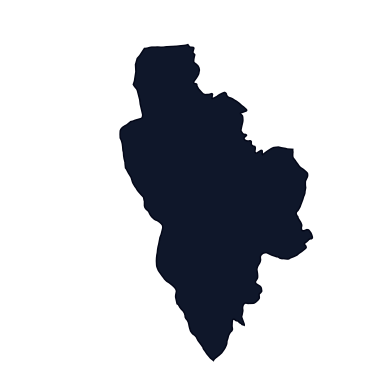 Gheleb, Anseba, Eritrea, rotated 46°
{"feature_id": "51966322B69087636550034", "entity_name": "Gheleb", "entity_type": "district", "adm_level": 2, "iso_a3": "ERI", "parent_name": "Eritrea", "parent_adm1": "Anseba", "projection": "natural_earth1", "projection_center": [38.736, 15.796], "detail": "fine", "context": "isolated", "style": "filled", "palette": "ink", "viewbox_px": 384, "rotation_deg": 46, "n_neighbors": 0, "source": "geoboundaries", "source_scale": "gbopen_adm2", "svg_char_len": 6061}
<svg xmlns="http://www.w3.org/2000/svg" viewBox="0 0 384 384"><g transform="rotate(46 192 192)"><path d="M328.1,293.6L327.8,293.0L327.7,292.0L327.7,291.1L327.7,290.4L327.9,288.9L328.0,287.4L328.2,285.6L328.3,282.5L327.7,279.1L327.1,276.6L326.2,274.3L325.6,273.0L325.0,272.1L323.4,270.3L322.9,269.4L322.4,268.3L320.6,265.4L320.1,264.0L319.5,261.9L319.5,259.6L318.8,258.2L316.3,256.4L314.0,254.0L312.9,252.7L312.5,252.2L312.1,251.5L312.1,250.9L312.3,250.5L312.7,250.1L313.3,249.8L314.1,249.9L314.8,249.8L315.2,249.6L317.1,248.4L318.6,248.6L319.6,248.4L321.1,247.9L321.9,248.1L322.3,248.0L323.1,247.4L324.1,247.0L323.7,246.5L323.2,246.2L318.9,244.3L316.3,243.1L315.7,242.3L315.2,241.4L313.1,238.4L312.5,237.7L310.9,236.5L310.0,235.6L309.1,234.2L308.7,233.1L308.6,232.2L308.7,231.4L309.1,230.5L311.0,229.2L314.3,225.6L315.0,224.6L315.4,222.9L315.5,221.3L315.5,219.1L315.2,217.6L314.6,216.8L312.7,215.3L312.3,214.9L312.1,214.3L312.1,212.4L311.9,211.0L311.5,210.5L309.4,209.0L308.4,208.6L307.1,208.5L302.6,209.6L301.7,209.5L300.6,208.7L300.3,208.1L299.7,205.6L299.3,204.5L298.1,203.2L296.2,201.6L292.9,199.3L292.1,198.3L291.2,196.7L290.6,195.0L290.2,193.2L289.6,191.6L288.8,190.3L288.1,189.5L287.6,189.2L286.1,187.9L285.8,187.4L285.4,186.6L285.3,185.8L285.3,184.3L285.5,183.2L286.7,181.2L287.4,180.6L287.8,180.3L290.0,179.5L292.9,178.4L296.1,176.7L297.0,176.3L297.9,175.7L298.8,174.8L299.2,175.0L299.7,174.9L300.4,174.8L301.5,174.2L302.4,173.6L303.6,172.3L304.6,171.5L306.4,170.0L307.0,169.4L307.3,168.7L307.5,168.3L307.7,167.0L309.1,163.8L309.8,161.8L310.3,160.2L310.4,157.7L311.0,154.5L311.4,149.9L311.4,149.0L311.1,148.3L310.7,148.1L310.1,147.7L308.9,147.6L307.9,147.5L307.2,147.0L307.1,146.5L307.4,143.7L307.4,142.0L307.3,141.0L307.8,139.5L308.6,138.6L308.7,137.8L308.6,137.3L308.0,136.7L307.6,136.5L306.3,135.8L304.8,135.2L304.0,134.9L301.8,134.6L300.5,134.5L299.9,134.7L299.4,135.0L298.8,135.6L297.8,138.1L297.2,138.9L296.6,139.3L296.1,139.5L295.6,139.5L295.1,139.3L294.1,138.6L293.5,138.0L292.5,136.5L291.6,135.8L289.4,134.9L285.1,134.0L283.9,133.5L283.1,133.0L281.9,133.0L280.4,132.4L279.8,132.0L279.4,131.5L279.0,130.8L278.9,130.3L278.8,128.3L277.7,124.6L276.8,122.8L274.4,117.7L272.8,114.9L272.1,113.2L271.2,111.6L269.8,110.0L267.9,107.3L265.9,105.8L263.7,103.7L263.0,102.9L262.7,102.3L261.3,98.6L260.7,97.6L259.4,96.4L258.7,96.0L258.1,95.9L256.7,95.9L253.2,96.2L249.6,97.0L247.0,96.9L245.7,96.6L242.5,96.2L241.1,95.9L237.6,95.5L237.0,95.2L236.0,94.5L234.4,92.9L233.4,91.7L232.2,90.8L231.3,89.9L227.4,93.5L225.6,94.5L222.4,96.9L219.7,98.6L217.5,101.4L216.7,102.5L216.3,103.6L215.9,104.8L215.2,108.2L214.8,110.5L214.4,113.8L214.4,115.0L214.1,115.4L213.5,115.2L212.6,114.2L211.1,112.9L210.6,112.9L210.1,113.3L209.9,113.8L209.0,118.2L208.9,118.6L208.5,119.0L208.0,119.1L206.5,118.7L204.8,116.4L203.8,115.5L203.4,115.4L202.9,115.2L201.7,116.0L200.9,116.3L199.3,116.4L198.7,116.1L197.5,114.9L197.0,114.4L196.6,114.3L196.0,114.3L195.4,114.7L194.5,116.1L193.1,117.2L191.7,117.8L190.1,117.7L189.7,117.5L189.4,117.1L189.1,116.3L189.2,113.6L188.9,113.3L188.5,113.3L187.8,113.5L186.9,114.3L186.1,114.8L185.0,114.9L182.7,114.5L182.2,114.4L181.4,113.7L181.0,113.2L179.5,111.0L177.3,107.6L176.7,106.7L175.7,105.5L173.6,103.7L172.4,102.9L171.7,102.8L169.6,102.8L169.3,102.7L169.0,102.5L169.0,102.0L169.0,101.6L169.7,100.5L171.4,96.6L171.3,96.0L170.9,95.7L170.3,95.6L166.7,95.8L164.4,96.2L161.1,96.4L157.5,97.0L155.6,97.6L153.2,98.1L151.6,98.7L149.4,99.9L148.4,100.1L146.9,100.0L146.4,99.9L145.4,99.2L144.5,99.0L143.4,99.2L142.9,99.5L142.0,101.6L141.6,102.9L141.2,104.1L140.8,105.8L140.6,107.9L140.2,109.0L139.9,110.3L139.1,112.1L138.6,112.6L138.2,112.3L136.9,110.7L136.0,109.4L135.7,109.3L135.3,109.3L134.9,109.5L133.7,111.9L131.0,115.0L129.3,115.8L128.0,115.9L122.4,115.7L119.5,114.9L118.7,114.5L117.9,113.8L117.3,113.8L116.8,114.1L115.7,114.8L115.2,115.0L114.7,114.9L114.2,114.6L113.9,114.1L113.7,113.6L112.9,109.3L112.3,107.0L111.6,105.1L109.4,102.0L108.7,101.5L107.4,100.7L105.7,100.2L105.1,100.1L102.8,100.2L100.5,100.6L99.3,100.2L98.0,98.8L96.6,96.9L95.3,94.8L94.9,94.6L93.2,94.7L92.4,94.5L92.1,94.3L91.4,93.3L90.1,91.1L89.8,90.7L89.2,90.6L88.8,90.7L86.5,92.7L85.9,93.0L83.1,92.6L82.3,94.2L81.1,95.9L79.1,98.4L76.4,101.9L69.7,109.6L67.8,112.2L66.3,113.8L63.7,116.1L62.3,117.8L59.8,120.4L58.8,121.8L57.5,124.2L56.6,125.5L55.7,126.5L57.6,134.8L57.9,138.6L61.1,144.1L66.5,148.8L72.2,156.3L73.9,159.5L75.7,159.9L77.4,160.1L79.5,160.2L80.3,160.5L81.1,160.8L89.2,165.4L92.9,168.2L101.9,173.6L102.5,174.1L103.6,175.6L103.9,176.2L103.9,176.9L103.7,177.8L101.7,181.5L100.8,183.2L100.1,185.1L98.8,187.2L98.4,192.3L97.8,194.3L97.3,196.9L97.3,198.1L97.5,199.6L98.1,201.0L98.7,201.7L100.5,203.6L103.3,206.1L105.5,206.8L106.1,207.1L107.3,207.7L109.0,208.7L111.0,210.2L114.2,212.8L115.8,213.7L118.4,215.9L120.8,217.6L124.1,219.5L125.2,220.5L128.5,223.1L129.7,223.2L134.5,224.6L136.6,225.0L139.4,225.7L143.4,227.8L145.0,228.4L148.4,229.2L150.2,229.4L152.7,230.0L154.5,230.2L158.7,230.4L161.7,230.4L162.7,230.8L164.4,232.0L165.5,232.5L168.9,235.8L170.2,236.5L170.9,236.7L172.3,236.9L173.3,236.9L174.3,236.7L175.3,236.7L176.9,237.0L178.1,237.5L180.1,238.0L182.2,238.2L185.4,238.0L186.8,237.6L188.4,236.8L191.3,236.2L193.5,236.1L194.7,236.2L195.5,236.4L196.3,236.9L197.2,237.6L198.1,238.8L201.1,243.6L202.5,246.6L206.4,252.1L207.9,254.5L209.6,256.8L211.5,259.0L212.9,261.0L214.8,263.3L216.9,265.5L220.1,268.3L221.3,269.1L222.4,269.6L224.9,270.6L226.3,270.9L232.3,271.8L233.8,271.9L235.3,272.2L237.5,272.2L238.9,272.1L241.6,271.4L245.7,270.9L248.8,270.8L250.4,271.1L250.9,271.2L252.3,271.9L252.8,272.4L254.9,275.4L256.1,276.7L262.1,280.4L263.3,280.0L264.7,280.3L266.5,280.8L269.2,281.1L270.9,281.0L272.3,281.2L273.9,281.6L275.8,282.6L277.3,283.8L278.5,284.2L279.8,284.4L280.8,284.4L282.9,285.0L284.9,286.1L286.2,287.0L288.2,288.2L290.8,289.5L291.5,289.7L293.3,290.0L295.3,290.0L296.5,289.6L299.1,289.6L303.0,290.8L308.4,291.5L311.5,292.0L312.2,292.5L313.2,292.8L316.2,293.2L318.7,293.7L321.8,293.9L324.3,294.1L328.1,293.6Z" fill="#0f172a" stroke="#020617" stroke-width="1.5"/></g></svg>